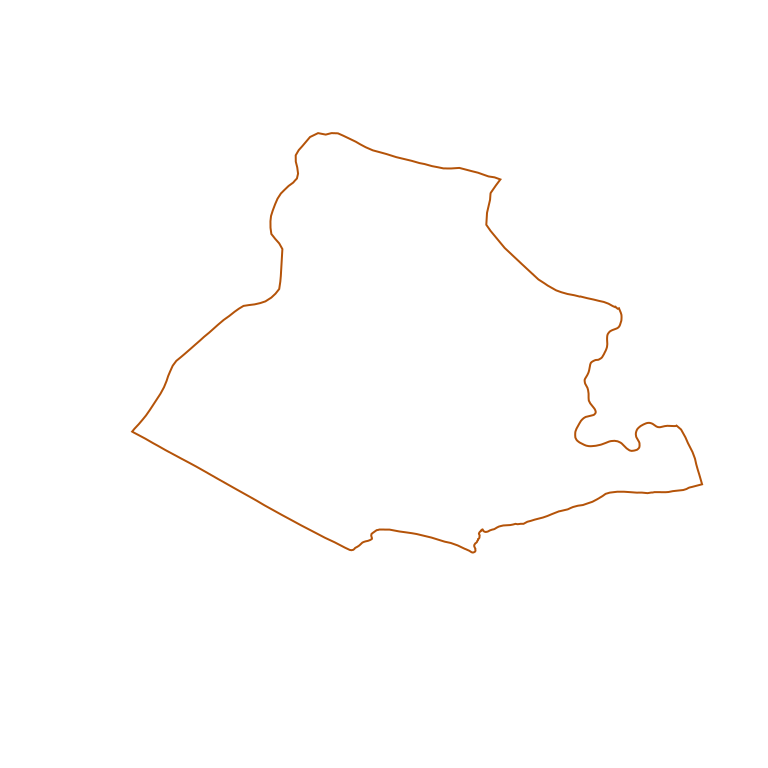 Panare, Pattani, Thailand (orthographic projection), rotated 149°
{"feature_id": "78962969B4451238967182", "entity_name": "Panare", "entity_type": "district", "adm_level": 2, "iso_a3": "THA", "parent_name": "Thailand", "parent_adm1": "Pattani", "projection": "orthographic", "projection_center": [101.496, 6.808], "detail": "fine", "context": "isolated", "style": "outline", "palette": "amber", "viewbox_px": 768, "rotation_deg": 149, "n_neighbors": 0, "source": "geoboundaries", "source_scale": "gbopen_adm2", "svg_char_len": 6058}
<svg xmlns="http://www.w3.org/2000/svg" viewBox="0 0 768 768"><g transform="rotate(149 384 384)"><path d="M311.3,633.0L320.2,633.8L331.7,629.9L336.6,628.4L341.9,625.5L345.1,620.0L346.8,614.4L349.3,608.6L352.8,605.0L355.4,604.3L358.1,603.4L363.8,602.9L369.1,601.7L374.3,600.4L379.8,597.7L384.7,594.2L390.0,590.0L394.3,586.2L397.5,582.0L400.8,576.4L403.3,570.6L402.5,564.4L401.4,558.5L401.6,552.0L416.9,529.6L420.2,525.1L424.9,519.4L430.5,517.3L436.1,516.1L443.1,515.9L448.4,517.1L453.9,518.9L459.1,521.2L464.2,523.3L469.5,523.3L474.7,522.9L481.7,522.0L488.4,521.5L495.7,520.3L507.3,518.1L514.0,517.1L519.5,516.0L525.7,514.9L532.2,513.7L539.0,512.5L543.9,511.7L550.1,510.8L555.7,508.5L560.9,504.9L565.0,501.9L568.8,498.6L574.3,494.5L580.6,490.8L586.8,487.8L593.2,484.7L598.4,482.2L604.2,479.6L609.2,477.8L614.8,475.9L621.1,474.1L624.4,472.9L623.7,471.6L620.6,466.5L616.7,460.0L612.5,452.4L609.4,447.1L605.3,439.8L596.5,425.0L591.3,416.4L587.4,409.8L584.5,404.7L575.2,388.1L568.6,376.5L564.8,369.8L557.8,357.6L553.2,349.5L549.0,341.7L542.7,330.8L539.0,324.4L533.3,314.8L528.0,305.8L518.3,290.0L513.8,282.6L507.8,273.7L501.8,263.9L498.8,259.4L497.5,258.3L495.7,257.7L494.3,257.9L493.3,258.3L492.3,258.3L490.6,258.2L488.4,258.3L487.0,258.6L484.2,259.2L482.5,259.0L480.8,258.6L478.5,257.8L476.2,257.4L474.3,257.4L473.8,257.9L473.5,258.8L473.4,259.5L473.0,260.7L471.9,261.9L470.7,262.1L465.6,262.5L463.8,261.8L463.0,261.7L454.2,256.3L446.8,249.7L441.8,245.7L437.0,241.8L433.3,238.6L422.4,227.9L413.2,217.6L408.6,213.3L404.0,207.7L399.5,200.9L399.2,200.6L396.7,197.0L395.6,194.7L394.7,193.8L393.9,193.5L392.5,193.4L391.8,193.7L391.2,194.4L390.9,195.3L390.5,195.8L390.5,196.5L390.4,197.4L390.2,198.5L390.0,198.9L389.5,199.5L388.0,200.3L387.5,200.4L386.9,200.4L386.4,200.5L385.8,200.7L385.4,200.9L385.0,201.3L384.8,201.5L384.3,201.6L383.9,201.7L383.6,202.1L383.3,202.6L382.9,202.6L382.3,202.6L381.9,202.8L381.4,203.1L380.8,203.9L380.5,204.4L380.2,204.8L379.9,205.1L379.9,205.6L379.9,206.1L379.8,206.7L379.5,207.1L379.0,207.3L378.7,207.6L378.2,207.8L377.5,208.0L376.3,208.0L376.1,208.4L376.1,208.5L374.6,208.7L374.4,208.5L374.4,208.4L374.4,207.7L374.4,206.5L373.8,205.5L372.9,204.7L371.5,204.2L370.5,204.0L368.9,204.0L366.4,203.5L365.2,203.1L364.1,202.8L363.1,202.8L360.9,202.8L358.8,202.6L357.1,202.1L354.6,201.3L348.5,198.1L345.8,197.1L343.3,196.4L341.7,195.0L338.7,193.7L336.4,192.3L332.1,192.1L328.7,191.1L324.6,190.1L320.9,189.0L316.6,187.7L311.9,186.7L307.1,186.0L299.4,184.7L299.1,184.5L291.0,181.9L288.0,181.6L285.3,181.2L280.5,179.8L275.8,177.8L271.0,176.8L266.0,175.7L260.5,175.4L254.3,175.4L250.6,175.7L246.4,174.6L239.5,171.5L233.7,168.0L228.4,164.3L223.3,160.7L218.9,158.1L214.3,154.7L211.0,153.4L209.8,152.7L207.6,151.9L202.9,149.0L198.7,146.4L195.8,144.9L191.6,143.4L182.1,139.0L178.8,138.2L176.3,138.1L175.0,137.8L173.2,137.2L165.7,135.0L163.0,134.2L160.4,144.0L159.2,148.9L157.7,154.4L155.9,159.8L154.6,166.8L153.9,176.9L153.1,183.0L152.8,192.0L154.7,197.7L155.2,197.7L155.5,197.7L155.7,197.8L156.3,198.1L157.0,198.5L162.6,202.2L165.1,203.3L168.5,204.4L169.4,204.7L170.2,205.1L170.7,205.5L171.4,206.0L171.8,206.5L172.4,207.3L174.1,211.1L174.4,211.7L175.5,213.1L176.4,213.9L177.5,214.6L178.8,215.1L180.1,215.4L182.6,215.7L185.7,215.8L188.3,215.4L190.0,214.9L190.5,214.6L191.2,214.2L192.3,213.3L193.3,212.3L194.1,211.1L195.0,208.9L195.1,208.1L195.2,204.1L195.2,203.2L195.3,202.5L195.5,201.7L196.7,199.5L197.5,198.5L198.1,198.0L198.6,197.8L199.3,197.6L200.2,197.4L200.7,197.3L202.2,197.6L203.9,198.1L205.5,198.8L206.3,199.2L207.0,199.9L207.6,200.5L208.0,201.2L209.2,203.9L210.9,210.7L211.5,212.0L212.8,213.9L213.4,214.7L215.0,216.0L215.7,216.6L217.1,217.3L218.7,218.1L219.9,218.5L221.1,218.8L224.3,219.3L228.5,220.1L229.7,220.4L234.1,221.9L235.2,222.4L238.9,224.2L239.1,224.4L240.4,225.2L242.4,227.0L243.1,227.9L243.7,228.7L246.2,232.7L246.6,233.4L247.2,234.9L247.6,236.1L247.7,236.8L247.7,237.8L247.6,239.1L247.5,239.7L247.1,240.4L246.9,240.9L246.1,242.3L245.5,243.2L244.8,244.2L244.1,244.9L243.1,245.7L242.9,245.8L242.1,246.5L237.1,249.4L234.3,250.9L232.8,251.4L231.0,251.8L230.1,251.9L228.9,251.9L228.1,251.9L227.2,251.6L220.7,249.6L219.6,249.5L218.6,249.8L218.0,250.0L217.7,250.2L217.1,250.7L216.7,251.5L216.5,252.3L216.3,253.6L216.4,255.1L217.2,261.2L217.0,263.8L217.0,264.2L216.6,265.1L215.8,266.7L213.7,270.2L213.5,270.6L212.2,273.7L211.9,274.8L211.6,275.9L211.4,280.7L211.1,281.7L210.6,282.9L210.4,283.4L210.1,283.8L209.8,284.3L209.6,284.4L209.0,284.9L205.4,286.8L204.6,287.3L203.7,287.9L202.7,288.6L201.1,290.1L198.6,292.9L197.1,294.6L196.0,295.4L195.8,295.6L195.4,295.7L195.0,295.8L194.5,295.9L194.0,295.9L193.0,295.9L191.7,295.8L191.0,295.7L190.5,295.6L190.1,295.5L187.9,294.4L187.5,294.4L187.2,294.3L186.5,294.3L185.5,294.3L184.6,294.3L184.0,294.4L183.3,294.6L181.6,295.5L179.8,296.5L178.8,297.2L177.0,298.3L175.6,299.3L174.9,299.9L174.3,300.4L173.7,301.0L172.1,303.1L171.7,303.8L170.0,307.0L169.1,308.5L167.9,310.2L167.5,310.6L166.8,311.3L166.3,311.6L165.0,312.2L164.7,312.3L163.7,312.6L163.2,312.7L162.7,312.7L161.7,312.7L160.6,312.6L160.0,312.5L156.8,311.9L155.5,311.7L154.8,311.7L154.2,311.8L153.5,311.9L152.8,312.2L152.3,312.4L152.0,312.7L151.4,313.0L148.0,316.0L147.1,317.2L146.1,318.7L145.3,320.1L144.8,321.2L144.3,323.2L143.6,327.9L144.4,328.0L144.8,328.0L145.0,328.2L145.1,328.5L145.3,329.2L145.8,330.9L145.8,331.1L146.0,331.2L146.4,331.0L147.8,333.0L150.2,337.2L153.3,341.1L157.0,344.6L160.8,348.4L165.6,352.9L170.6,357.9L171.1,358.0L175.2,362.1L180.3,366.6L184.7,371.3L188.2,375.6L193.0,384.1L194.5,387.4L197.8,394.1L202.2,409.3L204.0,415.5L210.5,438.5L213.8,460.3L214.3,467.8L207.5,477.7L198.2,487.3L194.6,492.4L194.0,492.9L185.8,496.6L178.9,499.4L182.8,504.2L187.5,508.1L191.4,512.8L194.6,516.7L199.3,521.4L203.1,525.3L208.1,530.4L215.3,534.1L221.9,538.1L225.9,541.8L230.6,546.0L236.0,551.7L239.8,555.1L245.3,561.0L256.7,572.2L263.5,579.9L267.5,584.1L273.2,590.0L277.7,596.3L281.0,601.8L283.4,606.2L287.6,612.6L291.1,617.9L294.4,622.6L299.8,626.1L305.5,627.8L311.3,633.0Z" fill="none" stroke="#b45309" stroke-width="2"/></g></svg>